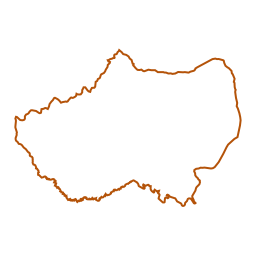 outline of Moonlapamok, Champasak, Laos
{"feature_id": "54806243B88761903664020", "entity_name": "Moonlapamok", "entity_type": "district", "adm_level": 2, "iso_a3": "LAO", "parent_name": "Laos", "parent_adm1": "Champasak", "projection": "albers", "projection_center": [105.451, 14.311], "detail": "fine", "context": "isolated", "style": "outline", "palette": "amber", "viewbox_px": 256, "rotation_deg": 0, "n_neighbors": 0, "source": "geoboundaries", "source_scale": "gbopen_adm2", "svg_char_len": 5745}
<svg xmlns="http://www.w3.org/2000/svg" viewBox="0 0 256 256"><path d="M234.6,78.8L232.7,74.2L231.9,73.4L231.5,70.9L228.8,68.1L227.5,67.4L225.5,65.8L224.3,63.1L223.7,60.6L223.1,60.2L219.5,59.2L218.5,59.0L217.0,59.1L215.3,58.6L212.5,59.1L197.1,67.4L195.4,68.5L195.4,68.9L194.6,70.2L193.7,70.8L190.3,71.7L188.9,72.5L188.4,72.6L184.8,72.1L183.1,72.3L178.1,72.0L175.3,73.5L172.4,73.9L170.9,73.4L168.3,73.5L166.1,72.6L164.2,72.5L163.3,72.1L157.8,72.1L155.1,70.2L151.4,70.2L148.4,69.7L144.5,71.2L143.9,71.2L143.2,71.0L141.4,69.6L139.5,70.0L137.7,69.9L136.9,69.4L134.7,67.1L134.5,66.6L133.4,65.6L133.2,65.2L133.6,64.5L133.6,63.9L132.6,63.6L131.6,60.0L129.7,58.5L128.6,56.5L126.3,54.9L123.2,54.1L121.7,52.2L119.2,50.1L118.8,51.1L117.6,52.1L116.8,53.9L116.3,54.2L115.0,54.4L114.4,54.8L114.1,56.1L114.6,57.5L114.4,58.0L112.7,58.2L111.8,58.8L110.9,58.9L109.6,59.4L108.9,60.0L107.8,60.2L108.4,61.4L110.0,62.0L109.7,63.1L107.8,64.9L107.5,67.0L105.8,69.6L105.1,71.4L103.9,73.0L101.3,74.3L100.7,75.2L100.1,77.3L99.6,78.2L97.8,79.1L97.4,80.5L97.1,81.0L95.7,81.8L95.2,86.6L94.4,87.7L91.9,87.9L90.5,90.4L90.4,91.5L90.2,91.9L88.6,91.4L87.3,90.1L85.3,87.3L83.6,87.3L83.0,88.8L82.4,89.6L82.2,90.6L82.2,92.4L80.8,94.3L79.7,94.5L77.5,94.4L76.5,93.8L76.1,95.8L75.3,96.6L73.4,97.7L72.3,97.9L71.3,97.5L70.7,97.7L68.3,100.4L67.8,101.3L66.8,101.8L65.8,101.5L62.6,102.1L61.0,102.7L59.3,100.6L57.7,99.2L55.0,97.8L54.4,97.9L54.0,98.2L52.9,100.1L51.4,101.6L49.6,104.0L49.0,106.5L47.8,109.0L45.8,108.0L44.6,108.2L43.6,108.8L41.5,109.1L41.0,112.7L40.4,113.0L39.8,113.2L38.9,112.9L36.1,111.0L31.9,110.2L30.8,110.4L29.2,112.1L28.8,113.0L27.9,113.8L26.0,114.6L24.9,116.3L24.9,118.7L24.3,119.7L23.3,120.1L22.2,120.3L20.2,120.0L16.9,117.0L16.0,116.8L15.4,118.5L15.9,120.2L15.9,121.4L15.4,126.3L15.4,127.6L16.9,132.4L16.6,133.5L16.7,135.0L15.6,138.1L15.7,139.6L16.0,140.6L17.8,142.2L18.7,143.8L20.6,144.2L21.8,145.0L23.7,147.5L25.9,149.2L27.7,151.6L28.6,152.5L29.3,152.7L29.8,153.8L29.8,155.5L30.2,156.1L31.9,156.8L32.6,157.8L32.6,158.6L32.8,159.2L32.6,159.8L32.8,161.2L32.6,162.4L32.9,163.6L33.5,164.6L34.1,164.6L35.3,165.3L36.2,167.5L36.0,168.4L37.2,168.9L37.8,170.0L38.4,170.5L38.4,171.4L38.8,172.3L38.1,172.8L38.1,174.8L39.2,175.2L41.6,177.6L43.6,177.1L44.3,176.5L45.3,176.5L46.1,177.1L46.1,177.7L46.6,177.8L46.5,178.4L46.9,179.1L47.5,179.2L47.9,178.8L48.4,178.8L49.0,178.9L49.1,179.4L49.5,179.3L49.7,179.6L50.8,179.7L53.1,179.0L54.2,179.4L54.4,180.2L54.9,180.3L55.7,181.0L55.6,181.3L54.4,181.8L54.1,182.4L54.7,182.5L55.2,183.0L55.9,183.1L56.2,183.3L55.8,184.6L55.1,185.0L54.9,185.6L55.7,185.8L56.0,186.4L56.8,186.7L57.1,187.6L57.7,187.1L58.1,187.1L58.0,187.9L58.8,188.0L58.9,188.7L59.6,188.9L60.0,189.3L60.5,190.6L60.2,191.3L61.4,191.7L61.4,192.4L63.1,192.6L63.2,192.9L62.9,193.9L63.7,193.8L64.0,193.9L63.9,194.4L64.4,194.6L64.6,195.8L64.8,195.8L65.4,195.4L65.8,195.9L66.3,195.8L66.1,196.6L66.7,197.0L66.5,197.7L67.5,199.1L68.3,199.3L67.9,199.7L68.1,200.0L68.8,199.8L69.7,200.1L69.3,199.2L70.1,198.9L70.6,200.3L71.0,200.6L71.5,200.5L71.3,200.1L71.4,199.9L72.8,200.7L73.1,200.5L73.0,199.9L73.4,199.8L74.0,200.5L74.4,200.6L75.1,199.1L75.4,199.0L75.7,199.2L75.7,199.8L76.3,200.0L76.8,200.9L77.2,201.0L76.9,201.5L77.3,202.0L79.0,200.5L79.6,201.1L79.8,201.0L80.7,199.6L81.3,200.7L83.0,199.8L82.9,199.4L82.0,198.8L82.7,198.7L83.0,198.0L82.7,197.5L83.5,198.0L84.1,197.4L85.1,197.9L85.6,197.6L85.4,197.2L85.6,197.2L86.5,197.7L86.7,199.1L88.2,199.4L88.5,199.3L89.3,198.6L90.1,198.9L90.2,199.4L91.3,199.2L91.7,198.9L92.3,197.9L92.7,198.3L92.5,199.0L93.7,198.7L93.7,199.2L96.0,198.2L95.8,199.1L95.9,199.7L97.9,200.8L98.9,200.7L99.4,199.9L99.4,198.7L99.7,198.2L100.0,198.2L99.7,199.1L99.9,199.3L100.6,197.9L101.4,196.9L102.0,197.5L103.3,197.2L104.5,195.7L105.1,196.0L105.2,195.6L105.0,194.9L105.6,194.0L106.0,194.8L106.7,194.7L107.1,195.3L109.4,194.7L111.0,193.5L110.9,192.5L111.8,192.1L112.6,191.4L113.8,191.3L113.9,190.9L113.8,189.9L114.0,189.7L115.1,189.6L115.5,190.2L116.8,190.2L117.7,189.5L118.6,189.0L118.9,189.6L119.3,189.7L119.9,188.7L120.8,188.6L120.9,187.4L122.3,186.6L122.8,187.0L123.2,186.6L123.9,186.8L125.0,186.0L125.4,184.7L127.4,183.7L128.2,183.8L128.7,183.1L129.5,182.9L130.0,182.0L131.0,181.9L131.2,181.3L131.7,181.3L132.8,180.6L133.7,180.4L137.3,182.6L137.5,183.2L138.1,183.8L138.5,184.8L138.6,185.7L139.0,186.2L143.3,188.6L144.2,188.7L144.7,188.1L144.6,187.5L143.3,186.1L143.1,185.0L143.4,184.5L145.6,185.8L147.6,184.9L148.3,184.8L148.7,185.0L149.4,186.1L150.7,186.1L150.6,188.8L150.9,189.8L151.8,191.1L153.3,192.3L153.8,192.5L154.1,192.3L154.0,190.9L154.7,189.7L156.8,191.3L159.0,190.8L158.7,191.9L158.1,192.2L157.9,192.6L158.1,193.2L159.2,194.1L159.6,194.9L158.7,197.8L158.6,198.6L162.8,202.4L164.0,202.5L164.6,202.1L164.9,199.1L165.0,198.3L165.4,197.7L166.2,197.5L167.7,198.2L168.4,197.8L168.8,196.6L168.8,196.2L166.8,195.4L167.0,194.9L167.6,194.7L168.6,195.2L169.5,196.3L170.9,197.0L175.3,198.4L177.1,201.4L180.8,203.3L181.3,203.8L181.9,205.3L182.6,205.9L183.5,205.9L184.4,205.4L184.9,204.6L185.2,202.8L187.0,201.0L187.8,199.0L188.6,198.5L189.7,198.4L190.6,198.6L191.6,199.7L193.9,203.2L194.8,203.5L195.5,203.1L195.4,202.7L194.5,202.2L193.9,201.3L193.7,200.1L192.3,197.2L192.3,195.9L195.4,190.6L196.0,188.2L196.6,187.1L199.4,184.3L200.0,182.1L199.7,181.2L199.8,180.5L198.3,179.3L197.9,178.3L196.3,176.8L195.3,175.4L195.1,173.2L194.2,171.4L194.4,170.0L196.2,168.8L198.7,168.5L200.5,167.7L202.4,167.8L204.6,167.6L211.0,168.5L212.9,168.2L214.7,167.1L218.7,162.1L223.3,153.8L226.5,147.3L228.1,144.6L234.4,138.9L237.5,137.1L240.0,125.4L240.6,120.3L240.2,117.0L239.4,113.3L237.9,108.6L236.7,106.2L237.2,102.9L236.0,97.9L235.2,92.1L235.3,90.9L235.7,89.9L235.2,89.0L234.7,87.1L234.5,83.1L234.3,82.5L233.8,81.9L234.6,78.8Z" fill="none" stroke="#b45309" stroke-width="2"/></svg>